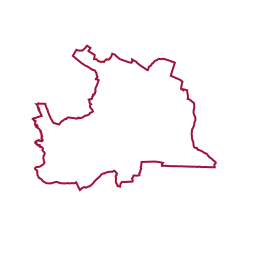 outline of Murgesti, Buzau, Romania, rotated 197°
{"feature_id": "2599482B22144330012024", "entity_name": "Murgesti", "entity_type": "district", "adm_level": 2, "iso_a3": "ROU", "parent_name": "Romania", "parent_adm1": "Buzau", "projection": "albers", "projection_center": [26.887, 45.4], "detail": "fine", "context": "isolated", "style": "outline", "palette": "rose", "viewbox_px": 256, "rotation_deg": 197, "n_neighbors": 0, "source": "geoboundaries", "source_scale": "gbopen_adm2", "svg_char_len": 5851}
<svg xmlns="http://www.w3.org/2000/svg" viewBox="0 0 256 256"><g transform="rotate(197 128 128)"><path d="M125.9,192.7L125.8,192.0L125.8,191.0L126.1,189.0L126.3,189.0L134.8,191.5L138.5,193.0L138.8,193.3L139.2,193.6L139.7,193.7L140.1,194.0L141.2,193.9L144.1,194.8L143.6,193.1L143.6,191.6L144.7,191.2L146.2,191.1L155.7,191.5L157.0,191.8L157.5,192.2L159.1,192.8L161.8,194.2L162.6,194.4L164.8,194.4L164.7,193.6L164.9,192.9L164.9,191.6L165.4,189.7L165.5,189.1L165.9,188.7L166.1,188.8L166.3,188.2L166.6,187.7L167.8,187.4L168.8,187.4L169.1,186.7L169.4,186.1L169.6,185.9L170.3,184.5L170.3,184.1L171.8,184.1L172.9,183.3L175.3,183.3L175.9,183.2L176.4,183.3L176.7,183.8L178.1,184.5L180.6,184.0L181.1,187.9L181.2,188.1L181.5,188.2L184.4,189.0L188.3,189.9L188.1,191.1L187.3,193.6L191.3,194.7L192.1,192.4L194.0,189.1L194.2,188.8L197.3,187.7L198.8,187.6L200.2,187.7L201.8,181.1L201.8,180.9L201.7,180.8L191.2,176.4L189.8,176.1L188.2,175.5L187.1,175.2L185.1,175.0L182.6,174.4L180.4,173.5L179.7,173.6L179.3,173.5L179.2,173.3L176.8,173.4L175.9,172.8L175.6,172.4L174.2,171.3L173.6,169.7L172.8,168.7L172.0,167.9L172.1,167.1L172.7,166.6L172.8,166.1L173.1,165.7L173.0,165.2L172.4,165.4L170.0,165.2L170.3,159.3L170.7,157.0L170.5,155.0L169.7,153.8L169.8,152.9L170.0,152.7L170.0,152.0L169.8,151.8L169.9,150.8L170.1,150.1L170.8,150.1L171.3,149.5L170.8,147.9L171.3,147.2L171.0,145.7L171.3,145.0L172.9,144.3L173.8,143.7L173.2,143.2L172.6,142.2L172.6,141.7L172.4,141.6L171.8,140.5L171.7,140.4L170.9,140.3L170.3,139.9L170.8,139.5L170.9,138.8L170.8,137.6L170.4,137.0L168.5,135.5L167.9,135.2L167.3,134.7L166.3,133.5L167.6,132.1L168.8,131.4L168.9,131.1L168.9,130.1L169.5,129.3L171.4,127.7L172.4,127.3L173.0,127.0L173.9,125.5L174.6,124.7L177.8,123.0L177.9,123.3L178.1,123.5L178.7,123.4L179.2,122.5L180.1,121.8L183.0,121.6L185.9,121.0L188.4,120.6L189.2,119.8L189.4,119.2L189.6,118.5L190.4,118.3L190.9,118.1L191.8,116.9L192.3,116.0L192.9,115.6L193.7,114.5L194.9,111.2L200.9,111.1L204.5,114.5L206.7,116.9L209.6,120.6L209.8,121.4L210.0,121.6L211.5,123.0L212.8,124.8L213.6,125.7L214.1,126.9L217.4,126.1L220.7,125.0L221.0,125.3L221.1,125.1L221.3,124.5L221.6,124.1L222.4,123.9L221.5,123.4L219.8,121.5L220.1,121.1L219.8,120.9L219.1,120.8L218.4,120.0L219.0,119.6L218.2,118.6L217.8,118.3L217.5,118.3L215.9,116.3L214.1,114.4L219.6,110.5L221.5,109.4L221.8,108.8L221.1,108.5L219.7,107.5L219.1,108.0L218.8,108.0L218.5,107.8L218.4,107.4L218.6,107.2L218.2,106.2L218.3,105.2L217.9,104.2L217.5,103.6L216.3,102.5L215.9,104.2L215.2,103.8L214.8,102.1L214.0,101.5L213.4,101.5L210.4,99.5L210.7,98.7L209.1,97.6L209.0,97.0L209.1,96.6L208.9,96.1L207.9,95.5L207.6,94.9L208.1,94.0L207.6,93.4L207.7,92.6L207.0,91.7L206.5,92.0L206.1,91.7L206.0,91.4L206.1,90.9L206.3,90.7L206.3,90.3L206.6,90.1L207.1,89.9L207.5,89.9L208.0,90.1L208.8,89.8L209.4,89.8L209.5,90.3L209.8,90.4L211.1,89.3L211.6,89.0L211.9,88.5L212.4,87.9L211.4,87.2L212.2,86.5L211.7,86.2L210.9,86.0L209.6,85.1L209.2,85.2L209.0,85.6L208.3,85.4L207.5,85.9L207.3,85.9L207.1,85.6L207.5,84.7L206.7,84.2L206.4,84.1L205.0,84.6L204.3,84.3L203.3,83.4L203.5,82.0L203.3,81.6L201.5,80.6L200.3,79.7L200.1,78.6L200.5,77.3L200.5,76.4L200.0,73.9L199.5,73.4L199.3,72.7L198.5,71.5L197.7,70.5L198.6,68.0L200.0,66.7L200.6,65.7L202.1,64.6L203.9,64.1L204.4,63.7L205.0,62.9L205.1,62.4L205.0,62.0L204.9,61.6L202.8,60.9L202.5,60.7L202.0,59.9L202.0,59.3L201.4,58.1L200.9,56.6L199.7,55.6L198.8,54.4L198.0,54.3L197.6,54.0L196.0,53.8L193.9,52.3L192.0,51.7L191.2,51.7L189.6,51.4L185.7,52.4L181.9,54.9L180.3,55.7L179.7,55.8L178.7,55.4L177.9,55.4L177.1,55.7L176.2,55.5L174.8,55.8L171.6,56.7L169.7,57.6L167.3,58.0L166.5,58.5L165.3,59.0L164.0,59.1L162.6,59.9L161.7,60.9L155.9,54.6L154.8,56.1L154.7,56.9L152.3,58.8L150.8,58.6L150.2,59.0L149.2,60.1L148.7,60.3L147.9,61.0L147.3,61.2L147.1,61.7L145.2,64.9L144.5,67.0L143.6,68.8L142.6,70.2L142.5,70.8L142.0,71.6L141.6,71.9L141.1,72.9L140.7,73.4L140.5,74.2L139.8,75.9L138.5,77.3L137.4,77.5L137.2,77.6L137.1,78.0L134.3,80.1L130.8,81.5L129.9,81.7L128.9,83.0L128.6,83.2L128.3,83.1L125.4,81.3L125.6,80.9L125.6,80.6L125.2,80.0L125.1,79.6L125.7,78.6L125.7,78.1L124.6,76.2L124.5,74.9L123.9,73.0L123.5,72.6L123.2,71.8L121.4,70.4L121.0,69.8L121.0,69.5L118.5,69.6L118.8,72.4L118.6,73.3L118.1,74.1L117.9,74.7L115.4,75.4L108.0,78.1L108.2,79.4L109.4,80.8L109.4,81.1L109.0,81.6L108.8,82.5L108.9,84.1L106.7,84.8L106.0,84.9L103.9,85.7L103.3,86.2L103.4,87.1L104.0,87.9L103.8,88.7L103.5,89.2L103.7,90.7L103.6,91.5L103.8,91.7L103.5,92.6L103.5,93.1L104.3,93.8L104.4,94.5L104.3,95.1L104.7,97.4L104.6,97.9L104.9,98.4L105.1,99.5L92.7,103.7L88.1,104.6L84.4,104.8L84.9,103.2L84.6,102.7L84.7,102.0L84.5,101.7L81.9,102.6L75.9,104.0L70.0,105.8L68.5,106.1L67.0,106.6L57.7,109.1L51.0,111.0L49.9,111.0L49.4,111.6L48.4,111.9L47.8,111.9L45.4,112.4L44.1,112.7L43.5,113.1L38.7,114.3L33.6,115.8L33.8,116.3L34.5,117.6L34.7,118.2L34.5,118.9L34.1,119.6L33.9,120.2L34.0,120.7L34.5,121.1L35.5,121.5L37.1,122.0L38.8,123.0L40.3,123.4L42.0,124.1L43.3,124.9L43.3,125.0L44.3,125.8L45.2,126.4L47.9,126.5L49.4,127.2L51.0,127.4L52.3,127.7L55.0,127.6L55.4,127.9L55.9,128.8L56.3,129.1L56.6,129.1L57.3,128.7L58.0,128.7L59.1,129.0L59.6,129.6L60.3,130.8L61.4,133.5L62.0,134.4L63.1,135.5L63.5,136.3L65.3,140.7L66.1,144.2L66.2,145.2L66.2,145.8L65.8,147.4L65.7,149.2L65.7,150.3L66.1,153.0L65.8,155.2L66.3,156.8L67.3,158.7L68.1,159.3L68.5,159.7L69.2,160.7L69.8,161.9L70.4,163.9L70.5,165.7L70.4,166.1L70.4,166.5L72.0,170.9L72.3,171.2L73.9,171.7L75.2,172.4L77.8,173.3L79.4,173.2L79.4,174.1L79.8,175.4L80.5,177.2L81.8,179.5L82.5,181.4L86.3,181.2L86.2,180.3L87.0,180.4L87.2,180.9L88.7,180.9L89.0,182.4L89.4,186.1L89.5,188.3L90.4,188.4L91.6,189.2L102.4,190.5L102.3,204.2L108.9,204.6L114.5,204.6L115.2,204.0L115.6,203.8L117.5,203.3L118.5,203.3L119.3,202.6L120.0,201.6L122.1,199.8L122.7,198.6L122.9,197.5L123.9,196.4L124.2,194.8L124.4,194.3L125.9,192.7Z" fill="none" stroke="#9f1239" stroke-width="2"/></g></svg>